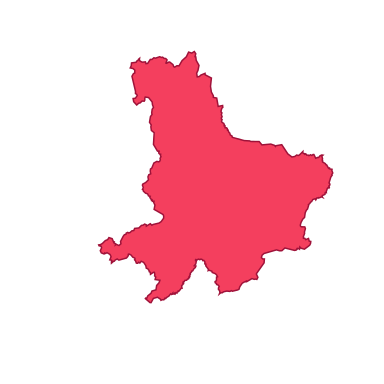 Bolivar, Manabi, Ecuador (Equal Earth projection), rotated 37°
{"feature_id": "8360857B59948244226228", "entity_name": "Bolivar", "entity_type": "district", "adm_level": 2, "iso_a3": "ECU", "parent_name": "Ecuador", "parent_adm1": "Manabi", "projection": "equal_earth", "projection_center": [-80.053, -0.927], "detail": "fine", "context": "isolated", "style": "filled", "palette": "rose", "viewbox_px": 384, "rotation_deg": 37, "n_neighbors": 0, "source": "geoboundaries", "source_scale": "gbopen_adm2", "svg_char_len": 6061}
<svg xmlns="http://www.w3.org/2000/svg" viewBox="0 0 384 384"><g transform="rotate(37 192 192)"><path d="M274.4,83.8L273.4,84.3L272.4,86.1L272.5,87.2L272.0,88.7L271.4,88.9L270.5,90.6L266.8,88.7L266.1,89.2L265.7,90.7L264.3,90.9L263.5,92.6L262.8,92.5L261.4,93.5L260.2,93.1L259.5,93.9L259.2,93.4L257.8,94.2L256.8,93.9L256.2,93.0L255.5,97.8L254.8,99.0L253.4,99.4L252.7,101.8L250.7,103.9L245.6,103.9L235.2,100.2L231.1,104.6L231.2,105.4L229.8,105.1L226.1,106.3L219.5,112.3L215.3,111.3L208.5,116.3L207.3,116.5L202.8,119.5L191.3,124.1L190.3,123.2L188.2,123.4L186.7,122.2L185.7,122.2L183.3,120.8L183.1,121.2L181.9,120.1L181.0,119.9L179.8,120.8L178.4,119.2L177.8,119.6L177.7,119.1L176.1,118.1L174.1,118.3L173.0,117.7L172.4,116.0L171.7,116.1L170.8,115.1L170.8,113.8L168.9,112.6L168.3,110.8L167.0,110.6L166.2,109.3L165.4,107.0L165.7,105.9L164.4,104.5L161.4,107.9L155.2,102.1L152.1,103.6L151.1,102.3L147.3,100.5L143.2,96.5L138.9,89.3L132.0,90.5L131.0,89.4L128.7,93.3L128.3,95.4L126.9,96.9L124.2,94.3L123.6,91.3L121.4,86.7L116.1,84.3L113.7,81.8L113.0,82.1L111.8,79.3L109.3,78.4L108.2,81.2L105.1,82.3L106.1,87.4L105.0,93.0L105.7,99.1L104.0,100.2L103.0,102.7L102.0,102.9L100.1,101.7L96.1,101.6L95.4,102.0L94.2,104.5L93.6,104.7L92.6,101.5L90.7,101.2L89.2,102.1L87.4,102.0L86.7,102.9L84.8,103.4L82.2,107.2L80.8,107.7L80.2,110.3L78.9,111.2L79.2,116.0L78.0,117.2L76.5,116.1L74.1,118.3L71.7,118.7L70.3,118.0L69.7,116.9L69.4,118.3L69.7,119.5L69.1,120.5L69.3,122.0L66.0,125.3L67.5,127.8L68.0,130.1L70.6,128.9L73.0,129.1L74.7,131.5L74.0,132.6L74.4,135.7L86.3,145.6L87.6,147.4L89.1,147.3L90.2,147.9L90.4,151.1L88.7,152.8L91.1,155.0L95.5,155.8L96.0,153.2L97.0,152.0L97.4,149.4L99.2,148.2L99.0,147.0L97.9,145.6L97.5,144.3L100.5,142.7L106.0,144.1L107.9,146.1L110.3,147.6L110.4,149.9L112.2,153.1L113.4,154.1L113.4,156.7L116.1,161.9L119.1,163.0L119.9,164.7L122.5,167.3L126.1,167.4L132.6,177.2L139.7,180.1L140.5,179.9L141.3,178.6L141.2,179.8L142.2,181.0L143.5,181.2L144.2,180.7L145.0,182.0L146.0,182.5L146.2,184.3L147.4,185.4L147.7,187.0L147.3,187.9L145.5,188.7L144.1,191.8L145.5,197.1L145.0,198.6L146.1,200.5L148.1,202.3L147.1,204.2L147.7,206.4L149.9,208.5L149.3,212.3L147.9,215.4L148.3,216.4L150.4,217.7L150.9,219.8L151.6,219.6L152.7,220.6L155.6,220.9L157.7,220.2L159.6,221.3L161.2,220.6L161.4,221.5L163.2,222.4L164.3,222.2L164.7,223.0L165.3,222.5L166.0,223.3L167.2,222.3L167.7,223.4L170.3,224.8L172.2,228.7L182.4,227.4L183.8,228.2L185.1,230.0L185.2,234.2L184.4,236.6L180.5,241.3L179.9,242.7L177.8,242.4L176.1,246.7L175.3,245.7L173.5,246.1L172.9,247.9L171.7,249.1L171.2,252.7L168.1,255.6L168.7,257.8L167.3,259.3L166.9,261.7L165.9,262.9L165.0,262.9L164.2,264.4L164.7,265.5L163.7,266.8L163.7,268.8L164.7,274.5L166.4,276.1L165.9,278.7L163.0,279.4L162.7,280.4L162.2,279.3L160.2,279.6L159.9,278.7L159.4,279.1L156.3,277.3L153.1,278.4L153.3,280.8L152.0,283.0L151.4,287.1L150.5,289.2L149.3,290.4L150.1,290.9L152.2,290.0L153.4,291.0L154.1,294.1L156.2,295.2L159.1,294.4L159.0,293.2L160.0,293.1L160.6,291.6L164.2,291.2L166.3,292.4L167.2,295.7L168.8,294.9L169.5,295.2L169.6,296.2L170.5,297.3L171.1,294.5L171.6,294.0L171.6,292.4L172.6,290.5L174.6,290.4L179.4,284.2L179.5,282.2L179.3,280.9L178.6,280.1L178.9,279.5L181.0,279.0L184.0,279.7L186.0,279.2L186.9,279.8L186.9,280.7L188.3,281.0L190.4,282.3L191.5,281.6L191.7,280.2L193.1,280.1L193.1,277.9L195.7,277.3L199.4,278.6L201.4,280.4L202.7,279.9L205.1,280.6L205.8,281.4L207.0,281.2L208.4,282.7L209.5,279.4L210.3,278.8L211.9,280.2L212.6,281.5L214.2,281.7L215.2,284.1L219.5,281.8L220.3,284.4L220.0,287.9L222.1,291.8L219.6,295.2L220.2,297.5L219.2,301.5L219.8,304.2L218.9,304.5L218.9,305.2L225.0,305.6L225.9,305.0L225.2,300.2L227.8,296.8L231.3,296.6L232.4,297.2L233.0,296.0L234.4,295.0L234.3,293.1L235.1,293.0L235.2,291.5L236.2,289.0L236.2,286.2L237.4,286.1L237.5,284.2L238.2,285.0L238.8,284.2L239.2,284.9L239.0,283.4L239.9,283.6L239.7,282.1L240.8,281.8L240.4,281.1L241.0,279.8L240.6,279.3L241.3,278.8L241.3,275.1L241.9,274.8L240.1,273.1L240.4,271.2L239.9,270.7L240.3,270.2L239.3,269.7L239.1,268.9L239.7,268.6L239.5,266.9L240.8,265.7L240.8,264.3L241.5,263.5L241.1,262.9L241.5,262.0L240.7,261.7L241.0,260.4L240.2,259.9L240.2,258.6L239.5,258.1L239.7,255.8L239.4,255.3L240.0,254.5L239.7,252.1L240.1,250.4L239.7,248.8L238.2,249.5L238.3,247.2L237.3,245.1L235.7,244.3L235.7,243.6L236.9,243.6L236.8,243.0L237.8,241.5L239.0,241.4L239.5,240.2L240.8,239.8L242.0,240.3L242.5,239.5L244.3,240.0L245.5,241.7L246.5,241.3L247.5,242.7L251.5,243.8L252.2,245.0L252.5,244.3L255.5,243.3L256.6,244.1L259.8,243.2L261.5,243.4L263.4,244.3L262.8,245.2L264.6,247.7L264.8,248.5L264.3,249.6L265.1,250.5L266.7,250.4L267.3,251.1L268.6,250.6L270.5,251.0L270.9,252.8L271.9,254.0L273.1,254.0L274.8,255.5L275.2,256.9L275.6,255.2L276.8,254.3L277.3,252.7L279.4,250.2L282.1,248.6L282.8,247.1L283.9,247.0L287.3,242.9L288.1,241.5L287.2,238.9L287.0,234.7L287.8,232.7L289.0,230.5L289.4,231.0L289.7,230.6L292.0,225.1L294.3,224.3L295.0,223.4L296.4,222.8L296.0,220.5L292.8,218.8L292.6,218.1L292.2,205.2L290.1,201.9L288.8,202.9L286.9,202.6L286.0,200.3L286.5,197.8L294.3,187.4L297.4,186.2L299.1,184.8L299.9,180.8L309.1,176.9L310.1,175.8L310.0,174.2L310.4,174.4L310.6,173.2L312.3,173.0L311.2,171.0L312.9,171.3L316.2,170.0L317.7,164.9L318.0,163.4L317.6,161.7L316.6,160.0L315.2,160.7L313.0,159.0L311.5,161.6L309.9,161.1L308.9,161.9L307.8,160.6L306.9,157.4L305.9,156.3L304.6,153.0L303.1,152.0L300.2,154.0L299.3,154.0L298.4,153.3L297.4,150.7L296.8,147.1L297.2,144.6L294.9,140.4L294.3,137.6L294.5,136.1L293.2,132.5L292.6,132.1L293.0,130.3L292.8,128.8L293.3,127.7L293.0,125.4L294.4,123.3L295.6,123.8L295.3,121.8L295.5,121.3L296.5,120.9L296.5,120.3L297.3,119.9L298.4,117.9L299.4,117.7L298.8,117.5L298.2,116.4L299.6,113.9L298.8,112.3L299.7,111.7L299.1,111.2L297.9,107.6L298.2,106.3L299.0,106.4L298.9,105.6L297.7,104.8L297.9,103.7L297.4,102.7L296.0,102.3L293.9,96.6L293.8,94.2L293.1,93.9L293.0,92.1L290.8,90.7L290.2,89.6L287.8,90.8L287.3,90.1L286.6,90.8L283.2,89.3L282.7,89.6L281.4,89.1L278.1,89.4L277.4,88.3L276.8,88.2L276.3,86.9L274.1,85.2L274.4,83.8Z" fill="#f43f5e" stroke="#9f1239" stroke-width="1.5"/></g></svg>